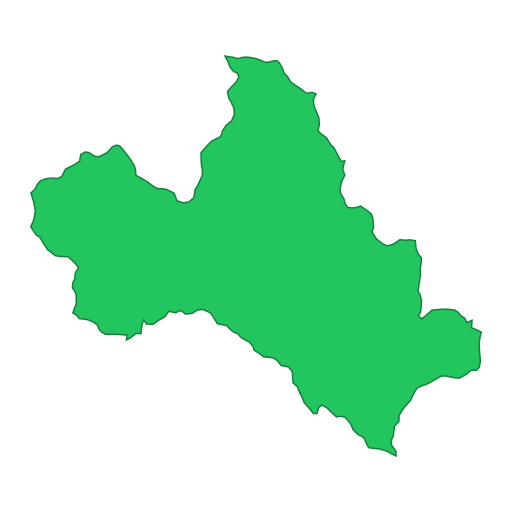 outline of Israelândia, Goiás, Brazil
{"feature_id": "56859067B28131609505827", "entity_name": "Israelândia", "entity_type": "district", "adm_level": 2, "iso_a3": "BRA", "parent_name": "Brazil", "parent_adm1": "Goiás", "projection": "orthographic", "projection_center": [-50.88, -16.355], "detail": "fine", "context": "isolated", "style": "filled", "palette": "green", "viewbox_px": 512, "rotation_deg": 0, "n_neighbors": 0, "source": "geoboundaries", "source_scale": "gbopen_adm2", "svg_char_len": 3590}
<svg xmlns="http://www.w3.org/2000/svg" viewBox="0 0 512 512"><path d="M225.0,56.1L227.6,60.9L230.4,67.7L233.7,71.5L237.4,73.1L238.8,76.8L236.4,81.8L231.6,86.7L227.5,91.4L228.6,97.7L231.4,102.6L233.9,108.2L234.3,114.3L231.7,120.8L226.3,125.1L222.6,130.6L220.7,136.6L215.8,139.1L212.1,140.8L208.0,144.8L201.0,152.7L201.2,161.0L201.6,166.2L202.4,170.2L202.4,174.5L201.0,178.3L197.9,185.1L195.1,189.7L193.8,197.8L188.9,201.9L183.1,202.9L177.0,200.7L174.1,193.3L170.0,191.1L166.1,189.3L162.2,188.7L158.1,188.7L154.2,186.9L148.5,182.6L144.9,180.3L140.6,177.9L135.8,175.1L135.5,169.8L134.5,166.3L131.1,160.5L128.2,156.4L124.0,150.9L119.7,145.9L116.2,145.2L112.4,146.9L107.0,152.7L101.7,155.4L98.0,156.9L94.2,156.0L88.9,152.5L85.0,152.0L80.7,154.6L79.7,161.2L73.7,165.0L65.5,169.1L61.7,176.6L57.3,178.6L52.5,178.0L45.6,178.8L40.2,181.0L37.1,184.7L35.4,188.7L30.9,193.1L33.6,201.5L35.3,210.9L34.4,216.8L33.1,221.6L30.7,226.7L33.0,230.3L36.0,234.8L39.7,237.1L43.4,243.1L47.5,249.6L51.4,252.5L55.3,255.7L60.5,256.5L67.9,256.7L71.8,260.0L75.4,263.6L78.5,267.6L75.3,273.0L74.8,278.5L72.8,282.9L72.4,287.8L75.0,291.5L76.3,296.0L76.2,303.8L72.8,313.0L76.6,315.2L79.5,318.7L84.4,319.1L88.3,319.9L93.9,322.3L97.4,325.1L99.1,329.4L101.8,332.3L105.8,334.3L110.8,334.3L115.7,334.2L127.2,335.1L126.4,339.9L130.7,337.7L136.0,333.4L141.0,333.7L141.5,328.1L142.2,323.7L143.7,320.0L146.5,324.1L153.1,324.2L157.9,320.7L164.8,316.8L168.7,311.3L175.4,312.7L181.1,310.5L185.5,314.1L192.2,313.4L197.3,310.1L202.6,309.3L210.6,312.9L214.1,318.4L217.4,323.7L221.2,324.5L226.7,325.6L230.2,329.4L234.1,332.4L237.8,333.6L240.1,336.6L243.7,339.1L249.5,342.2L253.0,346.4L254.2,350.3L258.5,352.9L263.5,356.7L269.2,357.4L273.0,357.8L277.4,360.6L281.1,365.5L288.3,366.9L292.3,371.6L292.7,378.5L293.1,382.9L297.6,386.9L299.0,391.3L302.3,397.6L304.1,402.5L307.5,406.3L310.4,409.7L313.4,413.6L317.1,413.5L318.4,407.9L321.6,405.1L326.6,407.5L329.2,410.1L332.4,413.2L336.4,416.9L340.9,416.2L344.9,417.1L347.8,420.3L350.6,423.8L353.1,429.7L357.8,434.4L361.9,436.4L364.6,438.8L365.9,442.5L368.6,447.6L373.9,448.4L379.9,449.0L387.5,451.4L391.4,453.7L396.1,455.9L395.9,451.1L391.4,444.9L391.6,439.4L393.4,436.0L393.7,432.1L394.6,426.0L399.0,421.3L399.0,415.7L401.8,410.8L404.3,407.4L406.8,404.6L410.5,400.3L414.4,392.3L417.3,387.9L422.0,385.7L426.9,384.1L440.9,376.2L445.4,375.9L455.7,378.0L459.8,378.0L467.1,373.7L471.1,370.1L476.4,370.3L479.1,367.4L480.4,361.7L479.5,350.6L479.1,343.8L480.1,336.7L481.3,332.1L477.0,330.1L471.5,327.6L472.0,320.3L467.0,322.6L464.7,318.3L460.4,315.3L457.7,311.9L454.4,310.0L447.2,309.2L441.2,309.3L432.0,310.1L426.2,315.4L421.7,318.8L418.4,316.0L420.5,312.2L421.1,307.3L421.5,300.6L420.3,295.3L418.0,291.0L419.0,284.7L420.5,274.6L420.3,267.9L421.4,261.8L421.4,257.9L418.6,254.6L416.1,248.8L415.3,240.7L409.6,239.8L406.0,240.3L399.9,239.7L395.6,242.7L392.1,244.7L387.0,245.8L382.5,243.7L378.5,240.6L375.8,238.2L372.0,231.9L373.6,227.0L373.2,222.6L372.8,218.3L371.4,214.1L368.2,211.3L364.2,208.6L360.5,206.0L356.5,207.5L352.2,207.9L347.7,207.5L345.0,203.7L344.0,199.1L340.9,193.8L339.9,189.7L341.7,181.4L344.8,175.1L342.8,169.6L343.4,165.9L344.8,160.7L341.2,161.5L336.0,151.8L333.9,147.8L330.5,144.4L326.5,137.9L321.2,133.9L317.9,130.8L319.3,124.7L318.9,117.8L316.2,111.3L314.2,106.4L313.2,99.7L316.0,93.8L311.6,92.4L306.6,93.3L301.9,89.7L298.4,87.2L295.3,85.3L290.8,82.1L287.7,76.8L284.1,73.1L283.0,69.5L280.1,64.0L277.5,60.9L273.8,60.8L269.2,62.0L265.5,62.4L261.7,60.8L257.3,58.9L251.6,57.7L247.5,57.1L242.4,57.3L238.0,58.7L233.3,57.3L225.0,56.1Z" fill="#22c55e" stroke="#15803d" stroke-width="1.5"/></svg>